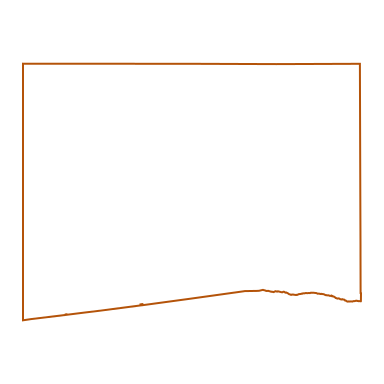 Maralinga Tjarutja, South Australia, Australia
{"feature_id": "25037944B7661444660063", "entity_name": "Maralinga Tjarutja", "entity_type": "district", "adm_level": 2, "iso_a3": "AUS", "parent_name": "Australia", "parent_adm1": "South Australia", "projection": "mercator", "projection_center": [132.165, -29.44], "detail": "fine", "context": "isolated", "style": "outline", "palette": "amber", "viewbox_px": 384, "rotation_deg": 0, "n_neighbors": 0, "source": "geoboundaries", "source_scale": "gbopen_adm2", "svg_char_len": 2942}
<svg xmlns="http://www.w3.org/2000/svg" viewBox="0 0 384 384"><path d="M23.0,63.7L23.0,151.8L23.0,275.4L23.0,320.3L31.0,319.1L65.9,314.9L65.8,314.4L66.5,314.3L66.6,314.8L84.2,312.6L97.5,311.0L140.7,305.4L140.5,304.4L141.4,304.2L142.4,304.1L142.5,305.2L190.4,298.7L217.0,295.0L234.2,292.6L234.3,292.6L243.5,291.3L244.7,291.1L256.8,290.9L259.0,290.8L262.8,289.9L263.1,289.9L263.3,290.0L263.6,290.1L265.0,290.4L265.8,290.8L266.6,290.9L266.8,291.0L267.0,291.0L267.5,290.9L267.9,290.9L268.1,290.9L268.3,290.9L268.5,290.9L268.7,291.0L269.0,291.1L269.3,291.2L269.5,291.2L269.8,291.3L270.1,291.4L270.4,291.5L270.9,291.7L271.7,291.7L272.0,291.9L272.4,291.9L272.7,291.8L273.0,291.9L273.2,292.0L273.7,292.1L273.8,292.0L274.0,291.9L274.4,291.7L274.6,291.6L274.8,291.5L275.2,291.3L275.5,291.2L275.8,291.3L276.3,291.5L276.9,291.4L277.2,291.6L277.4,291.6L277.7,291.5L278.0,291.3L278.4,291.4L281.4,292.2L282.2,292.3L282.3,292.3L282.6,292.2L283.0,291.9L283.4,291.8L283.8,291.7L284.1,291.8L285.0,292.3L285.1,292.5L285.4,292.7L285.6,292.7L285.9,292.6L286.3,292.5L286.7,292.7L287.0,292.9L287.4,293.0L288.2,293.5L288.4,293.7L289.1,294.2L290.3,294.5L290.8,294.8L291.0,294.8L291.6,294.8L292.0,294.5L292.5,294.6L292.9,294.5L293.2,294.5L293.4,294.6L293.6,294.7L293.9,294.7L294.3,294.8L295.0,294.8L295.3,294.9L295.8,295.0L296.2,295.0L296.4,294.9L296.6,294.8L296.9,294.9L297.4,294.8L297.6,294.8L297.8,294.7L298.0,294.5L298.3,294.3L298.6,294.2L299.1,294.1L299.3,294.1L300.1,294.0L300.4,294.0L301.1,293.9L301.4,293.7L301.8,293.7L302.1,293.7L302.4,293.7L302.8,293.4L303.1,293.3L303.4,293.3L304.1,293.4L306.0,293.0L307.1,293.2L308.9,293.0L309.9,293.1L310.0,293.1L310.9,292.7L311.3,292.8L311.7,292.7L312.5,292.8L313.0,292.7L316.5,293.1L317.6,293.7L318.2,293.6L319.5,293.7L320.0,293.9L320.3,294.0L320.6,294.0L320.8,293.9L321.2,293.8L321.6,294.0L321.8,294.0L322.1,294.1L322.4,294.0L323.1,294.1L324.2,294.4L324.9,294.8L325.5,295.1L326.4,295.1L326.8,295.3L327.6,295.3L328.0,295.4L328.4,295.3L329.3,295.6L329.6,295.8L329.9,295.8L330.2,295.9L330.7,295.8L331.6,296.1L331.7,295.7L332.2,295.9L332.1,296.2L332.2,296.3L333.0,296.4L334.3,296.8L334.7,297.2L335.3,297.5L335.6,297.9L335.7,298.0L335.8,298.0L336.3,298.1L336.5,298.2L336.8,298.4L337.2,298.5L337.5,298.6L337.8,298.6L338.1,298.4L338.9,298.4L339.8,298.9L340.2,299.2L340.6,299.3L340.8,299.3L341.2,299.3L341.5,299.4L341.7,299.5L341.8,299.5L342.0,299.4L342.3,299.2L342.6,299.3L343.0,299.5L344.0,299.6L344.3,299.7L344.5,299.9L344.8,300.1L345.0,300.5L345.3,300.6L345.8,300.6L346.6,301.1L346.8,301.3L347.4,301.6L347.6,301.6L348.5,301.4L349.0,301.6L350.0,301.4L350.6,301.5L351.0,301.4L351.9,301.5L352.6,301.5L353.3,301.1L354.2,301.1L354.7,301.1L355.5,300.9L356.0,300.7L356.4,300.7L356.6,300.8L356.9,300.8L357.4,301.0L357.9,300.9L358.6,301.2L360.4,301.1L360.8,301.3L360.9,301.2L361.0,293.2L360.6,293.1L360.5,253.0L360.5,245.5L360.3,192.4L359.9,63.8L276.2,64.1L191.7,63.8L23.0,63.7Z" fill="none" stroke="#b45309" stroke-width="2"/></svg>